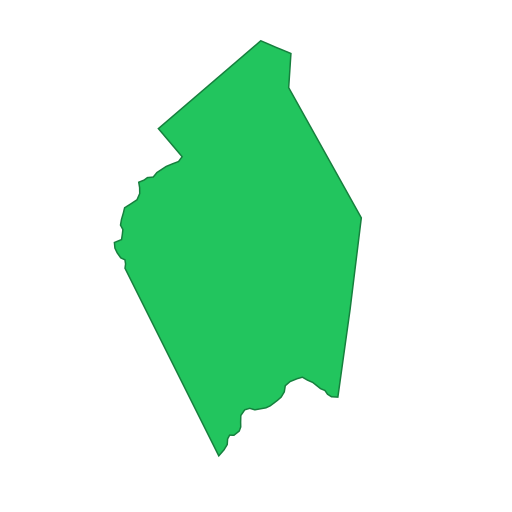 the district of Pendências, Rio Grande do Norte, Brazil, rotated 229°
{"feature_id": "56859067B61214464369559", "entity_name": "Pendências", "entity_type": "district", "adm_level": 2, "iso_a3": "BRA", "parent_name": "Brazil", "parent_adm1": "Rio Grande do Norte", "projection": "albers", "projection_center": [-36.63, -5.294], "detail": "fine", "context": "isolated", "style": "filled", "palette": "green", "viewbox_px": 512, "rotation_deg": 229, "n_neighbors": 0, "source": "geoboundaries", "source_scale": "gbopen_adm2", "svg_char_len": 961}
<svg xmlns="http://www.w3.org/2000/svg" viewBox="0 0 512 512"><g transform="rotate(229 256 256)"><path d="M415.3,400.8L416.2,265.9L379.4,265.4L378.1,259.5L380.4,253.3L382.5,247.0L383.2,241.9L384.0,236.0L383.0,230.2L386.4,225.5L386.7,221.4L388.6,215.9L383.9,213.0L379.4,209.2L376.5,203.1L377.5,195.5L378.6,188.5L375.6,184.3L371.8,178.4L368.2,174.0L363.3,172.9L360.1,169.4L356.6,165.3L359.1,158.0L354.5,154.7L349.4,153.3L343.3,152.7L339.1,154.6L335.5,152.3L332.7,149.1L129.6,96.8L130.7,104.7L132.6,110.6L136.6,114.6L138.1,118.6L135.2,121.7L134.9,128.5L137.0,132.3L140.7,135.4L145.6,139.9L147.3,146.6L145.2,151.3L140.7,154.2L134.9,163.9L133.6,168.5L133.0,177.3L133.0,182.4L134.9,188.2L138.9,193.0L138.9,199.3L136.4,206.6L134.1,211.5L128.6,213.4L123.3,215.9L113.5,217.7L109.3,219.8L104.7,219.3L100.3,220.6L95.8,225.2L154.0,292.0L215.7,360.5L361.6,391.1L385.9,415.2L395.4,410.5L399.9,408.2L415.3,400.8Z" fill="#22c55e" stroke="#15803d" stroke-width="1.5"/></g></svg>